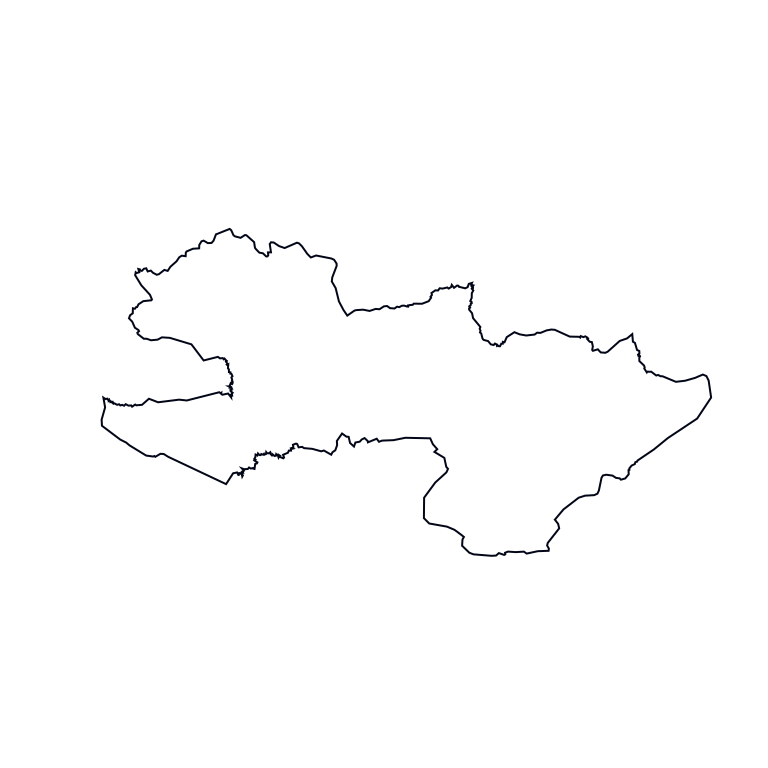 Erawan, Loei, Thailand (Mercator projection), rotated 130°
{"feature_id": "78962969B28697465385872", "entity_name": "Erawan", "entity_type": "district", "adm_level": 2, "iso_a3": "THA", "parent_name": "Thailand", "parent_adm1": "Loei", "projection": "mercator", "projection_center": [101.991, 17.279], "detail": "fine", "context": "isolated", "style": "outline", "palette": "ink", "viewbox_px": 768, "rotation_deg": 130, "n_neighbors": 0, "source": "geoboundaries", "source_scale": "gbopen_adm2", "svg_char_len": 6166}
<svg xmlns="http://www.w3.org/2000/svg" viewBox="0 0 768 768"><g transform="rotate(130 384 384)"><path d="M279.7,140.6L260.7,135.2L242.9,131.8L209.2,121.9L184.1,124.7L172.7,137.5L170.7,142.1L171.8,145.8L179.3,149.6L187.9,155.4L194.7,161.8L199.0,175.5L200.3,177.2L200.9,179.9L202.5,180.9L202.8,187.1L205.3,190.2L206.2,190.1L204.8,194.6L203.8,194.9L202.7,196.6L202.3,203.1L199.8,205.3L198.1,205.7L197.9,207.0L198.8,207.3L198.2,208.3L196.4,208.0L194.6,209.7L195.3,212.0L191.2,218.2L191.6,220.5L186.2,225.9L192.8,227.1L199.5,231.1L215.4,233.4L217.8,234.5L220.5,238.3L220.0,242.5L224.3,245.3L224.1,246.4L220.9,248.2L218.3,251.7L219.4,253.6L218.9,257.2L218.0,256.9L217.7,257.9L218.1,260.4L220.0,261.5L220.8,264.0L222.3,263.6L222.2,264.6L228.3,272.2L232.7,288.0L234.7,290.8L238.4,293.9L244.3,297.0L246.3,299.7L249.3,300.4L255.4,306.2L258.7,311.9L260.5,317.4L269.2,320.1L274.6,318.5L275.3,320.0L276.7,318.9L277.7,320.1L280.5,319.4L281.6,320.9L281.2,322.1L282.0,322.2L281.3,323.1L281.7,325.0L283.6,325.0L285.0,327.7L284.2,331.8L286.2,336.1L285.9,337.7L282.8,342.0L282.8,343.6L281.2,344.3L280.2,346.2L278.4,346.8L276.3,358.1L273.2,362.0L272.3,366.6L271.4,367.4L270.2,367.1L269.7,368.6L268.1,368.2L266.6,369.2L265.8,368.7L264.8,369.7L265.0,371.2L261.6,372.2L258.0,375.1L255.0,375.7L254.6,378.1L253.7,378.3L253.4,377.5L252.5,378.1L252.7,379.4L251.1,379.1L252.0,381.0L250.0,381.6L252.8,383.4L256.1,382.2L258.5,383.3L261.4,389.2L260.9,390.1L261.6,391.3L265.3,392.2L264.5,395.8L266.6,394.9L269.3,395.8L269.4,397.6L273.2,400.4L274.9,402.9L277.6,402.7L279.3,404.9L283.8,406.1L285.0,404.5L287.3,404.4L287.6,403.4L291.8,403.0L298.0,406.4L303.4,412.9L304.9,412.9L307.5,415.5L309.0,415.3L308.9,416.2L309.8,416.1L311.1,419.1L312.7,420.7L315.3,421.7L316.4,423.7L319.4,424.5L322.0,428.1L322.3,431.8L324.6,434.0L329.6,435.5L331.9,438.7L337.3,442.0L340.5,447.8L345.1,452.6L346.7,453.8L355.2,456.1L353.4,462.5L349.7,471.6L341.6,482.7L339.0,489.9L335.5,492.2L323.9,496.2L322.2,497.8L320.9,502.1L321.7,505.0L329.2,518.6L334.1,521.4L333.6,526.5L331.2,535.5L330.9,539.5L331.7,541.5L343.7,547.5L345.8,553.0L346.5,559.4L348.0,561.6L350.2,561.5L355.8,555.2L357.8,557.5L359.8,555.4L361.1,555.3L362.0,556.2L361.7,560.8L363.5,563.9L363.0,568.8L362.6,570.4L358.8,574.7L358.5,585.0L359.3,586.3L364.2,587.8L366.7,593.1L366.8,594.9L364.4,599.9L364.4,601.9L377.4,608.9L383.7,606.7L386.8,606.8L389.3,609.5L390.1,614.3L392.0,615.5L396.2,614.9L398.9,612.8L403.2,617.3L409.3,620.4L410.7,620.3L413.6,618.1L415.7,621.4L418.5,622.3L423.4,621.8L431.5,623.0L436.4,622.4L437.8,625.6L444.5,627.0L446.4,628.3L447.3,632.5L447.0,635.5L449.7,637.4L448.2,640.5L450.1,642.0L453.0,642.2L453.9,643.7L453.1,644.6L453.8,646.1L455.7,643.3L458.0,644.8L458.0,646.0L460.6,644.6L464.4,633.3L466.1,620.6L468.4,616.1L469.4,616.0L475.2,621.6L480.7,623.3L483.7,622.6L484.4,623.3L486.5,623.2L487.4,625.0L491.4,621.9L494.5,622.7L497.6,621.6L498.1,616.9L501.0,611.0L500.5,606.8L501.0,605.6L503.3,605.9L504.0,604.7L503.7,597.0L502.0,595.1L500.2,590.5L495.5,585.9L491.0,584.1L486.3,577.7L477.4,557.0L481.9,537.3L470.0,528.7L469.8,526.1L467.8,524.2L468.1,522.7L467.0,522.5L467.4,520.2L468.1,519.8L467.6,519.1L468.7,518.7L469.2,516.5L470.2,516.8L470.2,515.8L469.4,515.7L472.3,513.6L472.5,512.2L474.6,510.4L473.8,509.1L474.8,508.4L474.3,507.4L475.4,505.1L477.1,505.1L478.0,503.4L479.0,502.8L479.2,503.3L479.3,501.7L479.9,501.6L479.4,500.7L480.6,501.5L480.6,500.6L481.7,500.3L482.3,501.8L484.6,501.1L484.6,500.3L485.6,501.4L485.3,500.1L485.9,499.8L484.9,499.1L485.4,497.4L486.0,497.8L486.7,497.0L487.4,497.7L488.1,496.9L488.0,494.3L489.2,494.4L490.0,493.4L490.6,494.1L490.9,493.2L491.4,493.8L492.5,492.6L491.5,497.3L496.1,500.9L496.2,502.3L495.4,502.9L496.1,503.0L496.2,504.9L523.4,524.5L527.7,530.9L543.2,545.3L546.4,554.6L555.5,556.0L559.5,560.0L559.7,561.4L563.3,562.4L562.9,563.9L564.8,565.8L565.5,568.9L567.7,569.1L568.3,571.2L569.9,572.2L569.8,573.9L571.5,575.1L572.1,578.1L572.9,578.5L572.2,580.1L573.0,580.1L572.8,581.1L573.7,581.9L572.9,582.4L572.9,583.5L573.9,583.9L572.7,584.8L573.5,585.2L573.1,586.6L574.5,587.5L574.8,590.2L581.2,582.6L592.8,577.4L597.3,573.2L596.1,550.3L594.6,543.9L594.6,539.6L591.7,520.2L588.0,514.3L586.8,513.6L586.8,512.4L581.2,510.4L579.2,507.7L578.5,502.5L562.2,440.6L549.4,442.2L546.2,439.7L547.3,437.1L546.9,436.8L545.7,438.0L545.0,437.3L544.7,434.8L546.0,433.1L544.7,433.4L543.9,436.4L542.8,436.5L542.4,435.1L541.7,436.0L540.5,435.6L540.0,438.6L539.2,436.4L536.6,433.7L534.7,433.7L534.4,431.8L532.3,430.0L532.8,429.6L532.3,428.6L528.0,431.3L526.5,430.3L525.4,430.6L525.9,434.1L524.6,433.9L524.8,435.2L522.8,435.5L520.6,437.0L520.2,435.1L518.2,435.9L518.5,433.7L517.7,432.8L516.5,433.0L515.9,431.2L514.6,431.1L515.0,430.2L513.5,429.4L511.9,430.4L512.2,429.1L511.3,427.8L509.5,427.3L510.5,426.3L510.8,423.8L510.3,423.4L509.5,424.2L509.4,421.4L508.5,420.9L507.1,421.5L507.4,420.2L506.1,419.9L505.9,418.2L507.1,419.0L508.1,417.5L507.0,417.7L505.7,413.4L504.6,413.3L503.1,415.8L498.4,413.4L496.2,414.1L494.8,412.4L493.7,413.5L491.9,412.2L492.2,413.5L490.8,412.7L489.1,414.7L486.2,413.1L485.8,411.9L487.4,408.7L484.8,406.3L484.5,404.0L479.8,397.3L475.9,388.8L473.6,387.3L472.1,379.0L469.4,379.6L466.1,378.7L461.0,380.6L457.9,383.5L448.9,384.3L448.5,379.0L447.2,377.1L451.0,372.1L451.2,366.8L447.2,368.3L443.8,365.5L440.8,365.4L437.9,364.1L438.2,359.7L439.0,358.8L430.6,354.4L431.5,350.7L428.6,349.1L420.9,340.6L411.5,333.1L395.9,313.7L398.7,307.9L399.7,301.3L403.6,301.7L401.8,290.3L407.4,283.1L407.9,280.4L411.6,279.4L426.5,281.4L445.3,280.2L461.1,267.2L461.8,259.7L452.8,244.1L450.4,236.3L449.9,228.4L449.8,224.5L452.7,223.9L457.7,220.2L458.4,210.2L457.0,206.0L446.5,191.2L443.4,187.9L439.7,187.3L437.7,182.1L436.6,181.6L435.5,182.8L432.7,181.3L428.1,175.0L422.5,169.1L422.2,165.7L413.2,158.7L406.0,150.7L404.1,151.9L402.9,155.2L400.5,156.4L382.0,157.0L379.2,160.7L378.1,165.9L364.7,165.9L346.0,161.8L340.3,158.2L334.0,151.5L330.8,150.0L327.5,150.9L316.0,157.1L313.4,157.5L310.7,155.5L307.3,150.1L306.8,146.0L304.8,142.8L305.0,141.0L301.3,138.5L295.9,138.5L292.8,141.3L292.1,140.8L291.0,141.8L287.4,141.9L284.1,140.4L282.4,141.2L280.7,140.2L279.7,140.6Z" fill="none" stroke="#020617" stroke-width="2"/></g></svg>